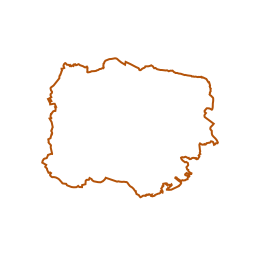 the district of Simonesti, Harghita, Romania, rotated 206°
{"feature_id": "2599482B29227136625242", "entity_name": "Simonesti", "entity_type": "district", "adm_level": 2, "iso_a3": "ROU", "parent_name": "Romania", "parent_adm1": "Harghita", "projection": "natural_earth1", "projection_center": [25.11, 46.356], "detail": "fine", "context": "isolated", "style": "outline", "palette": "amber", "viewbox_px": 256, "rotation_deg": 206, "n_neighbors": 0, "source": "geoboundaries", "source_scale": "gbopen_adm2", "svg_char_len": 5717}
<svg xmlns="http://www.w3.org/2000/svg" viewBox="0 0 256 256"><g transform="rotate(206 128 128)"><path d="M173.0,182.9L175.0,181.7L177.8,178.6L178.1,176.9L177.9,175.8L178.2,175.1L177.7,174.1L177.7,173.7L177.0,172.3L176.6,172.1L176.3,171.7L176.4,170.9L177.0,170.8L178.3,169.2L179.3,168.6L179.6,168.2L180.1,167.2L181.4,166.0L181.6,165.5L182.8,164.6L185.8,162.9L186.1,162.3L186.9,161.5L188.5,160.4L189.2,160.5L189.8,162.2L190.4,163.1L190.6,164.1L191.2,164.8L191.7,164.8L191.9,165.1L192.2,164.9L192.2,164.2L192.9,163.8L193.5,163.6L195.5,163.8L198.7,163.4L199.9,163.7L200.6,163.6L201.2,162.6L201.7,162.2L202.1,161.7L202.3,161.6L203.3,162.2L204.5,161.4L204.2,160.7L204.2,159.8L205.4,159.8L205.4,159.5L206.2,158.5L206.4,158.5L207.5,159.1L207.7,158.3L208.9,158.8L209.5,158.5L210.7,158.1L212.3,158.8L212.9,158.8L213.5,157.2L213.3,155.7L212.9,155.1L212.2,154.7L211.6,154.0L212.4,153.0L213.7,152.2L213.2,151.4L212.5,150.7L212.6,149.5L212.3,148.5L212.3,147.2L212.1,146.5L212.1,145.9L212.4,145.4L212.1,143.8L211.5,142.6L213.5,133.6L214.9,130.9L215.1,130.2L214.9,129.5L213.7,128.1L212.2,127.3L211.8,126.3L212.4,124.4L211.8,123.2L210.4,122.1L211.3,120.8L211.5,120.3L212.6,119.0L210.9,117.7L210.9,117.9L210.0,118.5L209.8,119.4L208.6,118.6L209.4,117.5L209.4,116.9L208.3,115.1L206.7,116.2L205.9,116.9L204.5,117.6L201.9,115.4L202.7,114.8L201.5,113.7L200.8,111.5L202.0,110.8L202.6,110.0L202.7,109.2L203.0,108.0L203.0,106.8L203.1,106.5L203.3,106.5L202.9,104.9L202.3,103.8L201.3,103.4L201.2,103.1L202.6,102.1L199.2,99.8L196.0,95.7L196.0,94.5L195.6,92.8L195.9,92.3L195.8,92.1L195.5,91.5L194.5,90.9L193.9,90.1L193.6,88.9L194.0,88.7L193.7,87.8L193.7,87.1L193.2,84.9L194.7,82.9L193.3,81.0L193.1,80.2L192.4,79.8L189.7,78.7L189.4,78.0L189.3,77.4L188.8,76.4L185.0,71.7L184.9,71.4L185.7,71.1L188.1,68.7L187.9,67.4L187.9,66.2L187.8,65.6L188.3,64.9L189.6,63.9L190.1,63.1L190.3,60.9L189.9,59.3L185.3,59.0L185.4,56.8L183.0,56.0L182.7,55.6L182.5,55.1L179.8,52.9L178.5,53.9L177.4,53.7L177.6,52.5L177.5,51.6L176.6,51.0L175.2,50.6L174.5,50.6L173.1,51.4L171.2,51.9L169.2,51.9L167.6,51.7L163.7,50.1L162.8,49.6L162.2,49.6L159.1,50.7L157.7,49.8L157.2,49.8L152.9,50.2L151.1,50.8L150.0,51.3L148.3,52.3L147.4,54.1L145.9,53.6L143.4,54.7L144.2,56.6L141.6,58.8L142.9,62.1L142.5,63.2L140.5,64.3L140.6,66.2L138.3,66.1L137.8,65.7L137.0,65.3L135.3,65.1L131.2,66.2L128.8,67.2L127.3,69.1L126.5,71.1L126.2,72.5L126.2,73.5L114.3,75.0L113.4,75.8L111.8,76.2L109.8,76.9L108.3,77.8L107.2,78.2L106.1,78.5L105.5,78.8L104.5,78.6L102.6,77.5L100.6,76.6L98.3,76.4L96.4,75.8L94.3,74.6L93.2,74.6L93.1,74.0L92.7,73.5L91.9,73.0L91.4,72.4L88.9,72.4L88.4,72.3L87.8,71.7L86.5,71.2L85.7,72.1L85.0,73.5L83.8,74.4L82.8,74.5L82.3,74.8L82.5,75.6L82.4,75.9L82.0,76.3L81.7,76.1L80.7,76.6L80.6,77.2L80.0,77.7L79.6,77.5L78.6,77.7L77.4,78.6L77.4,77.7L77.9,77.2L77.6,77.0L76.1,77.3L74.4,78.8L74.3,79.7L72.1,82.2L71.0,83.0L70.7,83.5L70.5,84.7L70.2,84.8L70.5,84.9L70.9,85.6L70.7,86.0L69.3,85.8L68.8,85.5L68.8,85.8L69.3,86.2L69.8,86.4L69.8,86.8L70.5,87.1L70.8,87.6L71.6,88.2L71.1,90.5L71.3,90.8L71.0,90.9L70.8,91.3L70.9,91.5L71.3,91.3L71.2,92.1L71.6,92.5L71.9,93.3L69.9,94.8L68.9,95.2L67.7,94.4L68.2,93.9L67.8,93.8L67.8,94.1L66.3,95.0L66.1,95.0L66.0,94.8L65.8,94.7L64.9,95.1L64.3,96.4L63.7,95.9L64.0,94.8L65.0,92.7L65.1,92.1L65.7,91.9L65.2,90.9L66.2,90.0L66.0,89.6L64.0,90.4L62.0,91.6L56.9,98.0L57.0,98.2L56.7,98.5L56.7,98.9L56.5,99.2L56.1,100.4L56.1,101.9L57.1,102.5L59.3,102.8L63.6,103.8L63.6,104.5L62.7,104.8L61.6,104.2L57.5,103.7L57.2,103.5L56.8,103.7L56.6,104.5L56.3,104.9L54.8,105.3L54.3,105.8L53.8,106.0L52.9,107.4L52.0,108.1L52.4,109.2L52.5,110.0L51.7,111.2L51.7,111.7L51.9,111.9L52.2,112.1L52.6,112.0L53.6,111.0L55.8,110.8L56.3,111.3L56.2,112.0L55.5,113.3L53.8,113.1L53.0,113.7L52.1,113.8L51.0,114.4L51.1,115.1L53.4,115.2L54.7,115.7L55.2,116.1L55.5,116.8L56.6,116.7L58.3,118.4L57.6,120.8L57.7,121.2L58.9,122.8L60.8,123.0L61.7,122.2L64.8,122.8L66.7,123.8L67.3,124.6L66.6,125.5L65.0,126.0L64.1,127.0L63.6,127.4L61.1,127.3L60.3,127.8L59.7,127.2L59.1,127.0L58.7,127.1L57.7,128.0L57.7,128.5L56.5,129.7L53.8,130.7L53.7,130.1L52.4,130.1L52.1,130.6L51.6,131.0L51.6,131.8L51.3,133.6L51.7,134.2L52.4,134.3L52.2,135.5L51.7,136.3L52.0,136.4L52.7,137.4L52.9,138.8L53.8,139.9L56.5,144.2L56.6,144.8L56.5,145.7L54.8,145.5L53.9,145.6L52.7,146.3L52.5,146.8L52.2,147.1L51.5,146.8L50.9,147.3L50.7,148.8L50.1,149.1L49.3,149.9L48.1,150.6L47.7,151.3L47.6,152.4L46.7,152.7L45.5,152.7L44.5,151.9L43.3,150.6L42.6,151.5L42.6,152.4L42.3,152.8L40.9,153.5L40.9,154.4L43.0,156.0L44.9,156.9L47.6,157.8L49.1,158.5L50.2,159.7L51.5,162.2L53.3,162.9L53.9,163.8L54.1,164.9L53.0,168.4L52.8,169.4L63.9,171.5L64.7,172.5L64.9,173.8L64.5,175.6L66.2,176.1L66.7,177.1L65.9,180.2L64.7,180.8L63.2,181.3L60.7,181.2L60.5,182.1L61.0,183.9L62.5,187.2L63.3,189.7L64.2,191.6L64.7,192.3L65.2,192.6L66.6,193.0L67.3,193.4L68.2,193.4L69.4,193.9L69.6,195.4L70.0,195.9L69.8,197.2L70.8,198.9L70.8,199.6L71.7,200.1L72.1,200.5L72.3,200.9L72.8,201.2L72.9,202.2L75.2,204.7L75.7,204.3L79.1,206.4L83.1,206.3L83.5,205.7L83.8,205.7L84.5,206.2L84.8,206.1L85.4,205.4L86.8,205.0L87.4,204.4L89.8,203.8L91.1,203.0L91.9,203.0L93.1,202.3L93.8,202.6L94.5,202.4L97.4,201.4L99.8,200.8L100.3,200.4L104.3,199.9L106.3,199.2L108.1,199.0L108.7,198.6L109.4,198.3L110.4,198.5L111.1,198.4L113.1,199.1L114.4,198.3L115.1,198.1L116.2,196.9L118.1,197.0L119.4,196.2L122.9,195.0L124.1,194.4L127.7,193.6L129.6,194.0L130.7,193.2L131.5,193.6L132.7,194.3L134.6,194.5L135.5,193.4L136.7,192.4L139.4,191.0L139.4,190.0L139.7,189.3L140.4,188.6L141.3,187.3L142.0,185.6L142.6,185.2L143.5,185.3L143.8,185.8L144.7,186.4L147.4,186.3L153.8,186.5L159.1,186.4L158.4,183.6L162.8,184.0L166.0,184.7L167.6,185.2L168.7,185.4L170.2,185.0L173.0,182.9Z" fill="none" stroke="#b45309" stroke-width="2"/></g></svg>